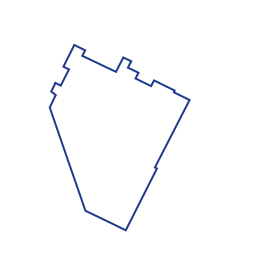 the district of Rivadavia, Buenos Aires, Argentina, rotated 341°
{"feature_id": "61730980B79277873614202", "entity_name": "Rivadavia", "entity_type": "district", "adm_level": 2, "iso_a3": "ARG", "parent_name": "Argentina", "parent_adm1": "Buenos Aires", "projection": "robinson", "projection_center": [-63.133, -35.581], "detail": "fine", "context": "isolated", "style": "outline", "palette": "blue", "viewbox_px": 256, "rotation_deg": 341, "n_neighbors": 0, "source": "geoboundaries", "source_scale": "gbopen_adm2", "svg_char_len": 622}
<svg xmlns="http://www.w3.org/2000/svg" viewBox="0 0 256 256"><g transform="rotate(341 128 128)"><path d="M195.3,121.6L183.0,109.2L184.3,107.8L168.1,91.5L163.5,95.9L151.2,83.6L155.9,79.2L147.6,70.9L152.8,66.0L146.5,59.8L134.9,71.0L108.3,44.9L112.8,40.6L104.2,32.0L101.2,35.0L96.0,40.1L86.9,49.0L91.3,53.4L78.2,66.0L73.9,61.6L73.5,61.9L73.5,62.4L67.3,68.5L70.4,73.4L67.2,76.5L64.9,78.9L60.7,83.1L60.7,101.4L60.7,102.2L60.7,140.2L60.8,173.0L60.8,192.4L65.0,196.5L67.0,198.5L70.7,202.2L73.1,204.6L74.1,205.5L81.0,212.4L92.6,224.0L142.2,175.7L140.6,174.1L195.3,121.6Z" fill="none" stroke="#1e3a8a" stroke-width="2"/></g></svg>